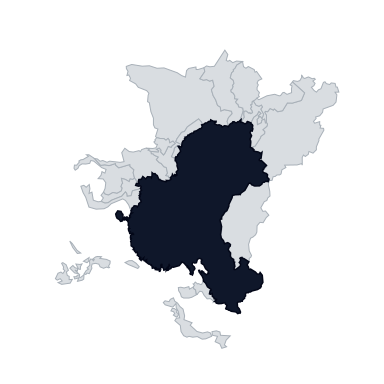 China highlighted, Albers equal-area conic projection, rotated 103°
{"feature_id": "CHN", "entity_name": "China", "entity_type": "country or territory", "adm_level": 0, "iso_a3": "CHN", "parent_name": "Asia", "parent_adm1": "", "projection": "albers", "projection_center": [106.815, 35.887], "detail": "fine", "context": "with_neighbors", "style": "filled", "palette": "ink", "viewbox_px": 384, "rotation_deg": 103, "n_neighbors": 20, "source": "natural_earth", "source_scale": "50m", "svg_char_len": 18870}
<svg xmlns="http://www.w3.org/2000/svg" viewBox="0 0 384 384"><g transform="rotate(103 192 192)"><path d="M163.6,119.5L160.8,121.9L158.4,121.8L157.3,126.1L155.3,127.6L149.9,124.9L145.9,132.0L137.9,132.8L138.6,140.9L136.2,141.5L135.8,144.0L134.1,142.8L133.0,140.8L123.7,137.4L122.4,137.5L118.7,134.4L116.8,134.7L115.4,137.0L111.1,133.8L108.9,133.7L107.5,135.2L100.5,136.7L98.0,139.1L96.9,138.7L96.8,136.4L93.1,134.7L93.9,131.1L92.5,130.5L94.5,126.5L92.4,122.0L83.8,119.1L82.8,114.2L78.2,106.0L70.1,104.6L62.2,118.9L60.7,118.3L60.5,114.1L59.2,112.0L55.7,110.9L53.7,111.5L54.1,110.5L55.7,109.3L56.0,107.7L53.7,104.5L54.6,100.3L53.7,98.5L54.4,97.2L56.7,99.2L58.5,96.5L61.1,97.2L63.1,99.2L65.7,95.8L66.7,93.2L64.0,91.8L62.4,89.6L55.6,88.6L54.7,87.2L56.2,85.5L56.3,82.0L54.4,80.9L54.0,77.0L57.3,75.3L57.1,74.0L61.6,71.4L62.6,75.1L64.7,72.7L72.0,71.9L75.8,74.0L81.6,82.9L85.0,82.7L89.0,84.7L91.1,88.4L92.5,87.6L95.9,89.5L97.4,88.0L94.7,83.4L98.0,82.7L98.0,81.4L100.9,81.6L100.4,78.1L102.1,77.4L111.8,80.3L113.4,79.9L120.1,81.0L122.9,80.3L126.9,82.8L126.2,87.2L129.2,87.2L131.9,89.6L130.9,91.7L133.5,92.4L141.0,90.6L139.7,91.6L142.0,95.7L145.0,107.8L147.0,106.0L150.1,109.4L154.3,109.3L155.6,110.4L156.3,113.1L158.1,114.4L158.9,116.4L162.6,116.6L163.6,119.5Z" fill="#d9dde1" stroke="#a8b0b8" stroke-width="1"/><path d="M62.2,118.9L70.1,104.6L78.2,106.0L82.8,114.2L83.8,119.1L92.4,122.0L94.5,126.5L92.5,130.5L93.9,131.1L93.1,134.7L96.8,136.4L96.9,138.7L98.0,139.1L100.5,136.7L107.5,135.2L108.3,136.0L104.7,137.7L106.4,140.1L108.9,139.9L111.7,143.4L106.7,145.0L103.2,143.3L103.2,142.0L104.6,140.3L100.2,139.7L95.8,143.7L93.3,142.5L91.8,144.0L93.6,145.9L93.1,149.2L89.6,152.7L85.9,150.1L87.0,147.6L81.4,140.6L78.2,133.4L78.7,128.6L78.1,127.4L74.9,126.0L74.2,124.7L75.5,121.4L72.8,117.3L69.2,118.3L66.1,118.4L65.5,120.6L62.2,118.9Z" fill="#d9dde1" stroke="#a8b0b8" stroke-width="1"/><path d="M212.1,278.2L208.0,277.5L202.3,278.1L199.3,281.5L200.1,286.5L196.2,284.4L192.4,284.3L193.2,281.1L189.3,280.8L188.6,285.4L184.0,294.7L184.1,297.7L187.1,298.1L188.7,301.9L189.3,305.4L191.8,307.9L194.6,308.5L197.0,310.7L195.4,312.3L192.2,312.6L191.9,310.5L188.2,308.5L187.3,309.2L185.6,307.5L184.9,305.5L180.5,300.9L179.5,303.2L178.9,300.9L181.3,294.6L186.6,287.0L185.1,283.1L185.0,278.8L181.5,273.0L183.0,272.4L184.9,268.8L179.2,258.7L181.1,258.1L183.4,253.6L186.4,253.7L191.4,251.1L193.1,252.6L193.2,255.2L196.0,255.5L194.7,260.0L194.6,263.8L199.2,261.5L200.4,262.3L202.9,262.3L203.8,260.9L207.0,261.2L210.2,264.8L210.3,269.0L213.8,272.7L213.6,276.3L212.1,278.2Z" fill="#d9dde1" stroke="#a8b0b8" stroke-width="1"/><path d="M221.6,278.5L217.7,277.0L215.7,279.9L212.1,278.2L213.6,276.3L213.8,272.7L210.3,269.0L210.2,264.8L207.0,261.2L203.8,260.9L202.9,262.3L200.4,262.3L199.2,261.5L194.6,263.8L194.7,260.0L196.0,255.5L193.2,255.2L193.1,252.6L191.4,251.1L192.4,249.6L196.0,247.0L196.3,248.1L198.5,248.3L198.2,243.3L200.3,242.8L204.2,250.3L209.3,250.5L210.8,254.3L208.1,255.3L206.9,256.9L211.9,259.5L218.0,268.4L221.3,271.3L222.4,274.3L221.6,278.5Z" fill="#d9dde1" stroke="#a8b0b8" stroke-width="1"/><path d="M191.4,251.1L186.4,253.7L183.4,253.6L181.1,258.1L179.2,258.7L184.9,268.8L183.0,272.4L181.5,273.0L185.0,278.8L185.1,283.1L186.6,287.0L181.3,294.6L181.1,291.6L182.7,288.5L181.4,286.0L182.2,281.5L180.5,279.2L179.3,268.7L177.7,265.0L169.5,269.3L164.5,267.3L166.7,262.3L166.3,258.2L163.6,252.9L164.3,251.4L162.0,250.6L159.6,246.7L159.8,243.2L161.1,244.0L161.7,241.0L163.8,240.2L163.6,238.4L164.7,237.0L165.5,232.6L168.5,234.0L170.7,230.6L171.1,228.5L173.7,225.1L173.9,222.6L179.2,220.1L181.9,221.2L181.8,218.5L183.2,217.8L183.1,216.1L185.3,216.0L186.4,218.7L188.0,219.9L187.3,226.8L183.3,230.2L182.4,235.3L186.6,234.9L187.3,239.0L189.7,240.0L188.3,243.6L192.9,246.3L196.0,245.2L196.0,247.0L192.4,249.6L191.4,251.1Z" fill="#d9dde1" stroke="#a8b0b8" stroke-width="1"/><path d="M207.8,293.8L211.8,292.2L216.6,292.0L214.6,289.5L222.2,286.3L222.7,281.3L221.6,278.5L222.4,274.3L221.3,271.3L218.0,268.4L211.9,259.5L206.9,256.9L208.1,255.3L210.8,254.3L209.3,250.5L204.2,250.3L200.3,242.8L202.5,241.8L209.7,241.6L213.2,239.3L215.1,241.0L218.8,241.8L218.1,244.3L220.1,246.1L224.2,247.1L218.7,250.9L215.2,254.9L214.3,257.9L221.5,268.0L225.4,270.6L228.1,273.9L230.3,281.6L229.9,289.0L221.0,294.4L217.2,297.9L211.4,301.6L209.8,298.9L211.2,296.2L207.8,293.8Z" fill="#d9dde1" stroke="#a8b0b8" stroke-width="1"/><path d="M291.5,143.9L294.7,146.6L293.4,146.6L291.8,150.1L292.7,153.2L290.0,156.9L286.9,159.6L286.9,162.1L290.6,164.0L290.3,165.2L286.7,166.5L285.8,168.7L284.2,169.3L282.4,168.7L281.3,170.2L281.0,169.4L279.0,168.6L280.3,165.9L279.8,165.1L280.2,162.6L279.9,161.9L276.2,160.9L278.3,157.6L281.3,154.6L282.9,151.1L284.7,152.1L287.4,151.7L286.4,149.5L290.8,146.6L291.5,143.9Z" fill="#d9dde1" stroke="#a8b0b8" stroke-width="1"/><path d="M284.2,169.3L285.8,168.7L286.7,166.5L290.3,165.2L290.6,164.0L294.6,168.5L296.0,171.1L297.2,176.2L296.5,178.8L293.6,180.4L291.2,182.8L288.2,183.8L287.3,181.5L287.3,178.1L284.9,173.8L287.2,172.6L284.2,169.3Z" fill="#d9dde1" stroke="#a8b0b8" stroke-width="1"/><path d="M164.7,119.4L167.8,119.2L173.8,116.4L178.4,115.1L180.6,116.8L183.5,117.2L185.1,119.4L191.9,121.4L194.9,118.7L194.0,116.1L197.3,111.9L200.2,113.9L205.9,115.8L206.3,119.0L210.2,121.0L216.5,119.8L219.3,120.4L222.1,122.4L223.9,124.6L230.2,125.1L236.5,123.0L240.5,119.7L242.2,120.0L243.8,121.3L247.1,120.6L244.4,128.5L245.3,130.2L246.9,129.5L249.9,129.9L252.0,128.1L254.5,129.2L257.5,131.9L257.4,133.5L255.0,133.3L250.7,134.3L248.8,135.8L246.9,138.9L242.4,141.0L239.5,143.5L234.6,142.5L233.1,145.5L234.7,148.5L230.5,152.6L226.8,154.3L222.1,154.5L216.9,156.1L213.2,158.4L211.8,157.0L207.9,156.9L203.3,154.0L200.3,153.2L196.0,153.5L186.1,151.7L184.6,148.9L183.6,144.7L181.8,144.0L178.4,140.8L171.0,138.3L170.2,136.2L172.2,131.3L170.7,127.5L166.9,125.2L164.9,122.5L164.7,119.4Z" fill="#d9dde1" stroke="#a8b0b8" stroke-width="1"/><path d="M183.1,216.1L183.2,217.8L181.8,218.5L181.9,221.2L179.2,220.1L173.9,222.6L173.7,225.1L171.1,228.5L170.7,230.6L168.5,234.0L165.5,232.6L164.7,237.0L163.6,238.4L163.8,240.2L161.7,241.0L160.5,233.8L159.4,233.7L158.4,236.3L156.5,233.8L158.2,231.5L160.0,231.5L162.3,228.1L160.2,227.1L152.9,225.4L153.1,222.3L151.3,221.8L148.6,219.3L146.7,222.0L149.1,224.8L146.4,226.0L145.2,227.4L147.4,229.0L146.3,231.4L147.0,234.9L147.0,238.6L146.2,240.0L138.3,239.4L137.9,242.6L135.2,244.7L128.7,246.2L123.0,250.1L114.5,253.7L114.0,255.6L107.5,256.5L105.5,256.2L103.4,259.0L102.1,267.9L99.3,271.2L97.4,277.9L95.0,277.5L92.2,279.9L93.1,281.6L88.8,281.5L86.5,283.7L84.4,284.3L81.3,279.4L80.6,268.8L78.6,261.9L79.3,253.9L77.4,247.2L79.1,233.2L80.9,228.3L81.5,224.2L74.9,224.6L72.4,223.1L69.3,216.3L71.7,215.5L71.2,213.5L68.2,208.3L71.8,206.6L79.9,209.8L80.5,206.0L79.2,203.1L80.0,199.8L78.4,197.0L84.0,194.2L88.0,196.1L93.3,193.1L97.0,189.6L101.9,186.6L102.8,183.6L106.6,182.1L104.5,179.1L104.4,171.7L106.6,170.5L111.4,173.2L115.3,173.7L119.6,171.1L121.8,177.2L120.4,180.6L121.2,183.2L120.4,185.3L118.1,184.0L117.7,189.0L124.6,197.1L121.8,198.4L119.3,202.0L129.6,211.2L134.6,212.9L136.3,215.6L143.5,218.6L146.7,219.1L148.1,212.8L150.6,212.4L150.2,216.7L153.3,219.0L155.9,218.7L162.2,219.9L162.8,217.2L161.5,215.6L164.6,215.5L168.5,212.7L173.2,210.5L176.2,211.9L179.1,210.4L180.5,213.3L179.1,215.0L183.1,216.1Z" fill="#d9dde1" stroke="#a8b0b8" stroke-width="1"/><path d="M161.7,241.0L161.1,244.0L159.8,243.2L159.6,246.7L158.4,239.9L157.1,237.1L153.4,236.4L153.5,238.2L151.8,240.4L150.3,239.2L149.6,239.9L147.0,238.6L147.0,234.9L146.3,231.4L147.4,229.0L145.2,227.4L146.4,226.0L149.1,224.8L146.7,222.0L148.6,219.3L151.3,221.8L153.1,222.3L152.9,225.4L160.2,227.1L162.3,228.1L160.0,231.5L158.2,231.5L156.5,233.8L158.4,236.3L159.4,233.7L160.5,233.8L161.7,241.0Z" fill="#d9dde1" stroke="#a8b0b8" stroke-width="1"/><path d="M160.0,214.2L162.8,217.2L162.2,219.9L155.9,218.7L153.3,219.0L150.2,216.7L150.3,215.8L153.3,213.0L155.5,212.3L160.0,214.2Z" fill="#d9dde1" stroke="#a8b0b8" stroke-width="1"/><path d="M148.1,212.8L146.7,219.1L143.5,218.6L136.3,215.6L134.6,212.9L129.6,211.2L119.3,202.0L121.8,198.4L126.3,196.4L128.9,198.5L131.9,202.2L133.8,203.3L134.5,205.6L137.2,207.1L139.8,209.7L148.1,212.8Z" fill="#d9dde1" stroke="#a8b0b8" stroke-width="1"/><path d="M119.6,171.1L115.3,173.7L111.4,173.2L106.6,170.5L104.4,171.7L104.5,179.1L106.6,182.1L102.8,183.6L101.9,186.6L97.0,189.6L93.3,193.1L88.0,196.1L84.0,194.2L78.4,197.0L80.0,199.8L79.2,203.1L80.5,206.0L79.9,209.8L71.8,206.6L68.2,208.3L65.9,206.2L66.0,202.8L64.5,198.5L46.4,191.9L50.0,188.0L56.0,188.3L56.6,186.4L55.2,184.9L56.8,181.4L54.4,178.1L53.5,172.1L58.2,176.9L61.9,177.9L63.7,179.3L64.8,178.7L67.0,180.2L72.2,180.4L73.8,177.0L76.7,175.5L79.2,176.5L80.0,175.6L82.8,176.1L83.9,177.0L85.7,176.3L86.5,173.8L88.9,171.8L91.5,171.6L91.2,168.3L94.3,169.7L95.8,168.5L96.2,166.9L98.5,165.7L98.8,161.4L101.4,160.3L113.0,161.4L114.8,164.1L114.7,167.7L119.6,171.1Z" fill="#d9dde1" stroke="#a8b0b8" stroke-width="1"/><path d="M85.9,150.1L87.6,150.8L90.3,153.6L93.2,153.2L93.9,154.4L95.7,152.9L97.5,153.7L99.2,151.7L101.1,150.8L102.5,152.4L101.7,153.5L102.6,154.1L101.0,157.5L101.7,159.3L104.7,159.0L107.4,157.8L112.8,160.0L113.0,161.4L101.4,160.3L98.8,161.4L98.5,165.7L96.2,166.9L95.8,168.5L94.3,169.7L91.2,168.3L91.5,171.6L88.9,171.8L86.5,173.8L85.7,176.3L83.9,177.0L82.8,176.1L80.0,175.6L79.2,176.5L76.7,175.5L73.8,177.0L72.2,180.4L67.0,180.2L64.8,178.7L63.7,179.3L61.9,177.9L58.2,176.9L53.5,172.1L58.3,170.0L59.3,167.3L57.1,165.4L58.7,159.0L61.1,157.5L60.0,156.2L66.1,149.4L68.5,152.5L71.2,153.1L72.7,151.5L75.5,152.1L77.8,151.6L79.9,148.7L82.8,149.0L84.0,147.8L85.9,150.1Z" fill="#d9dde1" stroke="#a8b0b8" stroke-width="1"/><path d="M89.6,152.7L93.1,149.2L93.6,145.9L91.8,144.0L93.3,142.5L95.8,143.7L100.2,139.7L104.6,140.3L103.2,142.0L103.2,143.3L104.5,143.7L102.9,144.6L99.9,142.6L98.6,144.9L102.1,145.8L105.4,148.6L111.6,150.1L111.0,154.3L112.2,154.2L113.8,155.8L112.8,160.0L107.4,157.8L104.7,159.0L101.7,159.3L101.0,157.5L102.6,154.1L101.7,153.5L102.5,152.4L101.1,150.8L99.2,151.7L97.5,153.7L95.7,152.9L93.9,154.4L93.2,153.2L90.3,153.6L89.6,152.7Z" fill="#d9dde1" stroke="#a8b0b8" stroke-width="1"/><path d="M107.5,135.2L108.9,133.7L111.1,133.8L115.4,137.0L116.8,134.7L118.7,134.4L122.4,137.5L123.7,137.4L133.0,140.8L134.1,142.8L135.8,144.0L135.1,144.8L129.6,145.8L128.0,147.1L123.8,146.4L121.8,148.8L118.7,147.2L116.3,147.3L112.7,148.3L112.8,149.4L111.6,150.1L105.4,148.6L102.1,145.8L98.6,144.9L99.9,142.6L102.9,144.6L104.5,143.7L106.7,145.0L111.7,143.4L108.9,139.9L106.4,140.1L104.7,137.7L108.3,136.0L107.5,135.2Z" fill="#d9dde1" stroke="#a8b0b8" stroke-width="1"/><path d="M278.7,227.6L277.0,237.6L275.8,241.4L273.2,238.1L272.3,234.9L274.0,230.4L276.7,226.6L278.7,227.6Z" fill="#d9dde1" stroke="#a8b0b8" stroke-width="1"/><path d="M283.9,282.2L279.0,277.5L282.8,277.2L284.5,278.4L283.9,282.2ZM290.4,291.5L292.1,289.0L292.2,286.4L294.7,285.8L294.4,288.6L297.1,284.1L297.3,288.1L293.7,293.9L290.4,291.5ZM308.2,290.2L311.3,298.2L310.4,302.1L307.9,298.5L306.1,300.9L308.2,303.5L307.2,305.6L301.3,304.3L299.5,301.7L300.5,299.5L297.3,298.2L296.1,300.1L293.9,300.3L290.8,303.0L289.9,302.0L291.2,298.3L296.1,294.8L298.1,296.4L301.4,294.7L301.8,292.7L305.0,292.0L304.1,289.0L308.2,290.2ZM273.0,295.6L267.3,300.1L269.2,297.0L274.6,291.0L276.5,286.7L277.7,289.9L273.0,295.6ZM284.7,256.4L284.3,258.2L286.2,261.0L285.6,264.7L283.3,266.5L283.2,269.9L284.6,273.1L287.0,273.2L288.8,272.4L294.7,273.8L294.6,276.1L296.2,276.8L296.1,278.8L292.3,277.4L290.4,275.5L289.5,277.2L286.3,275.1L282.4,276.3L280.1,275.7L280.1,274.0L281.3,272.7L279.9,272.0L279.5,273.5L277.0,271.4L276.1,269.7L275.4,265.7L277.4,266.9L276.9,260.2L277.7,256.2L280.3,255.8L283.0,256.7L284.2,255.4L284.7,256.4ZM287.8,284.9L286.8,283.0L289.7,283.9L292.5,283.4L292.7,285.1L288.3,288.9L287.8,284.9ZM302.7,279.2L304.8,283.5L301.2,283.1L303.1,286.7L301.1,288.0L300.4,285.2L299.0,285.2L297.9,282.9L300.5,282.7L300.2,281.2L296.9,278.6L301.2,277.9L302.7,279.2Z" fill="#d9dde1" stroke="#a8b0b8" stroke-width="1"/><path d="M333.1,149.0L331.7,154.3L333.3,158.6L333.3,162.4L334.6,164.3L333.9,167.8L330.4,171.3L324.6,173.4L321.2,179.8L318.4,178.8L317.4,175.7L311.7,178.3L308.2,181.4L304.2,182.5L308.5,184.8L308.0,192.7L306.2,195.1L304.1,193.8L304.0,189.7L301.5,189.0L299.3,186.3L302.3,184.2L303.5,181.1L306.3,178.0L308.1,174.4L314.4,171.3L318.2,171.1L319.4,162.5L322.2,163.8L326.8,155.8L327.0,149.9L324.8,145.4L325.2,142.3L328.2,140.4L332.0,145.6L333.1,149.0ZM333.7,126.0L335.0,123.5L337.6,127.8L333.7,130.7L332.7,135.8L326.9,134.7L327.0,139.8L323.6,141.1L321.8,137.0L322.1,133.3L325.2,132.0L323.6,122.4L328.6,125.4L333.7,126.0ZM309.5,183.1L310.7,180.0L312.8,180.0L313.7,177.8L316.4,178.0L317.3,179.4L316.1,182.5L314.3,181.5L312.8,183.0L312.6,185.8L310.0,185.1L309.5,183.1Z" fill="#d9dde1" stroke="#a8b0b8" stroke-width="1"/><path d="M223.9,247.3L223.0,246.7L221.3,246.9L219.8,245.6L218.5,245.3L218.1,243.1L219.0,241.9L216.4,241.0L215.2,241.2L212.9,239.3L211.3,240.2L210.5,241.6L209.2,242.1L208.3,241.6L207.5,242.7L206.2,241.6L205.7,242.5L204.9,241.7L203.6,243.0L201.6,241.6L200.1,243.1L198.4,242.6L197.6,243.6L198.4,245.5L198.2,248.4L196.2,248.1L195.7,245.6L193.7,246.7L191.8,246.6L191.0,244.1L188.0,243.4L189.7,240.0L187.1,238.8L186.6,235.6L187.4,234.7L184.9,234.6L182.2,235.2L182.9,233.9L182.4,232.1L183.3,231.1L183.8,229.5L187.3,227.1L187.0,226.1L187.5,225.7L187.9,223.4L187.9,219.6L187.1,219.1L186.5,219.6L186.0,216.9L184.4,215.2L184.0,215.1L183.1,216.3L180.4,214.9L179.2,215.0L180.5,213.6L180.1,212.3L178.9,212.7L178.9,212.0L179.9,211.4L178.8,210.4L176.1,211.9L173.4,210.4L169.9,212.5L167.9,212.7L165.3,214.7L165.3,215.4L162.5,215.9L161.3,215.6L161.4,214.9L160.1,214.0L159.1,214.3L155.1,212.2L153.4,213.0L150.6,215.8L150.2,214.8L150.8,212.7L150.2,212.3L146.2,212.7L144.4,212.3L142.7,210.7L141.7,211.3L140.9,210.3L140.2,211.1L139.3,209.3L137.3,208.6L137.7,207.5L136.3,207.3L134.6,205.3L134.4,203.9L132.5,203.6L131.4,201.4L128.5,198.6L128.1,197.3L125.9,196.7L124.4,197.7L123.3,195.7L121.7,194.5L121.8,193.5L119.5,191.6L118.9,189.9L117.5,190.0L118.3,187.1L117.7,184.4L118.9,184.4L119.4,185.6L120.6,185.3L121.1,182.3L120.4,180.6L120.8,178.3L121.9,177.3L120.1,175.2L119.9,172.3L120.3,171.4L117.2,170.1L115.9,168.9L115.9,168.1L114.5,168.1L114.0,166.8L114.6,165.4L114.6,164.2L113.3,163.3L113.3,162.5L110.5,160.5L113.2,160.3L112.8,159.1L113.7,155.7L112.3,154.0L111.4,154.2L110.8,153.7L111.4,150.0L112.5,149.7L112.6,148.7L113.4,147.8L116.4,147.5L116.7,146.9L119.1,147.0L119.0,148.5L121.1,148.9L123.8,146.6L127.6,147.5L128.7,146.5L130.2,146.0L135.3,145.3L135.8,142.5L137.2,141.9L137.0,141.1L138.3,140.9L138.1,136.6L138.6,134.6L139.2,134.0L137.6,132.8L143.5,132.3L144.0,133.3L145.7,133.8L146.3,132.6L145.6,131.7L149.3,125.4L152.0,127.0L153.8,127.4L154.1,128.1L156.3,127.6L157.0,126.9L157.2,124.0L158.0,122.4L160.7,122.0L162.1,119.8L164.8,120.0L164.8,120.7L164.4,121.1L165.1,122.1L164.8,122.7L166.2,123.7L166.2,124.4L167.4,125.6L168.7,125.7L170.8,127.6L172.1,132.8L171.6,134.0L171.7,135.1L170.3,137.1L170.7,138.6L178.5,140.9L181.9,144.0L183.8,144.5L183.6,145.6L184.1,146.0L184.9,149.1L186.2,151.7L188.8,151.7L195.9,153.3L197.5,152.9L202.3,153.8L204.3,155.6L207.2,156.4L209.2,157.6L211.7,157.1L211.7,158.1L213.2,158.4L219.0,155.4L227.1,154.6L230.5,153.0L232.3,150.4L235.1,148.7L233.3,145.8L233.9,143.8L234.7,142.7L236.2,142.6L237.2,143.4L239.9,143.8L241.3,142.7L242.7,140.7L246.0,140.2L247.5,138.8L248.3,136.3L250.6,135.7L250.8,134.7L251.8,134.9L254.9,133.5L256.4,133.9L258.0,133.5L258.0,132.7L257.3,131.5L253.3,128.3L251.1,128.5L250.1,130.1L248.3,129.3L246.7,129.5L245.8,130.4L244.9,129.6L244.5,128.5L245.3,128.0L245.2,126.5L247.2,120.9L250.7,121.9L252.2,120.3L254.4,119.1L254.5,118.1L253.9,117.6L255.7,112.2L257.3,109.9L256.8,107.9L255.1,107.5L257.3,104.8L264.1,102.6L267.6,103.8L268.2,103.3L269.9,103.7L272.3,106.2L274.9,111.2L276.3,112.6L276.7,114.1L277.5,114.5L277.8,116.3L279.2,117.0L281.2,116.4L282.4,117.2L283.6,116.8L286.0,118.5L287.1,118.4L287.3,119.4L288.3,120.4L288.5,121.8L289.6,123.0L293.7,121.8L295.2,119.7L298.1,117.7L299.3,117.9L299.3,118.9L300.2,120.0L299.0,122.3L299.4,127.0L298.8,128.8L298.9,130.0L298.3,130.7L298.5,132.3L298.1,132.9L294.6,132.4L293.7,134.2L292.5,135.1L294.1,138.3L294.9,141.2L294.8,143.4L293.0,144.7L293.6,145.0L293.6,145.4L292.5,144.7L292.3,144.1L291.1,143.9L291.1,146.4L289.9,146.8L289.1,148.7L286.4,149.5L287.5,151.0L287.3,152.1L284.1,152.1L283.2,151.2L282.5,151.6L280.9,155.6L277.7,158.2L276.2,160.9L274.2,161.4L271.8,163.1L269.3,166.0L268.4,166.3L268.4,167.0L266.9,167.8L266.6,167.0L268.3,165.9L268.1,165.4L268.6,164.6L266.8,164.8L266.7,164.1L267.4,163.6L267.3,162.7L268.2,162.1L269.3,159.4L267.6,157.6L267.3,158.2L265.5,158.2L263.7,161.5L260.4,164.1L259.4,166.8L257.2,167.5L256.3,166.9L255.5,167.4L254.9,169.5L255.4,170.6L256.7,171.6L259.9,171.8L260.6,173.3L260.3,175.0L261.5,175.7L263.1,175.4L264.5,172.9L266.1,171.9L269.3,173.2L270.6,172.6L272.8,172.9L272.3,174.5L272.6,175.0L272.1,175.6L270.6,175.2L267.8,177.2L267.0,177.2L267.4,178.0L266.8,178.2L266.7,179.5L265.9,180.0L265.6,179.2L265.1,179.4L264.9,179.8L265.6,180.3L263.1,183.7L262.4,185.9L266.6,187.9L269.5,193.2L269.6,194.7L271.5,195.5L272.1,196.7L273.6,197.6L273.9,198.4L273.5,198.5L271.9,198.0L270.6,198.2L268.8,197.3L267.1,198.3L269.6,197.8L269.9,198.5L273.4,200.2L274.2,201.3L274.5,201.9L272.9,202.7L271.2,204.7L269.6,204.9L268.7,205.7L269.8,205.3L270.4,206.0L272.6,204.9L274.3,206.1L275.9,206.3L274.0,208.4L275.4,207.5L275.7,208.1L275.8,209.7L275.0,209.2L274.0,209.9L275.0,210.6L274.5,210.8L275.0,211.0L274.5,212.1L275.2,213.5L274.0,214.0L273.4,213.6L272.9,215.0L272.1,215.2L272.5,215.7L271.8,217.2L272.0,217.9L270.3,221.6L269.7,221.8L269.3,220.8L268.9,221.3L268.4,221.2L269.8,223.0L268.4,224.4L267.1,224.3L267.9,224.9L269.0,224.6L269.3,227.2L267.6,227.2L268.1,228.1L266.9,228.3L266.8,229.6L265.8,230.1L266.0,231.0L263.7,231.3L262.8,232.0L263.8,232.9L262.3,234.9L261.6,235.0L261.4,236.1L261.0,235.6L260.2,236.3L259.5,236.0L258.1,239.2L254.8,240.0L254.2,240.6L253.0,240.3L251.7,241.2L250.8,240.7L250.5,241.7L248.3,242.0L246.6,240.6L246.5,239.4L246.1,239.5L245.4,240.4L246.4,241.7L246.5,243.3L244.9,244.1L244.7,243.5L244.2,244.9L242.7,245.5L241.7,244.7L241.6,245.7L240.1,245.3L238.7,246.7L236.4,247.0L234.6,248.3L233.9,247.8L232.9,249.6L233.8,250.0L233.6,250.7L234.4,251.4L233.8,252.3L231.9,252.1L232.2,251.7L230.9,249.8L231.9,247.3L230.4,246.4L230.3,247.1L228.7,247.6L228.5,246.9L227.1,246.8L225.9,245.6L226.0,246.8L225.3,246.5L223.9,247.3ZM236.1,253.6L236.7,255.0L235.2,256.6L234.5,259.0L232.9,260.3L230.6,261.4L227.1,260.1L226.9,256.8L229.4,254.8L229.0,254.8L229.3,254.3L233.1,253.4L234.8,253.7L235.1,253.0L236.1,253.6ZM274.0,199.3L272.7,199.3L271.5,198.3L272.4,198.4L274.0,199.3ZM276.6,205.8L275.6,205.7L275.3,205.2L276.5,205.4L276.6,205.8ZM270.1,226.2L269.6,227.0L269.6,226.1L270.1,226.2ZM233.4,249.3L234.4,248.9L234.3,249.4L233.4,249.3Z" fill="#0f172a" stroke="#020617" stroke-width="1.5"/></g></svg>